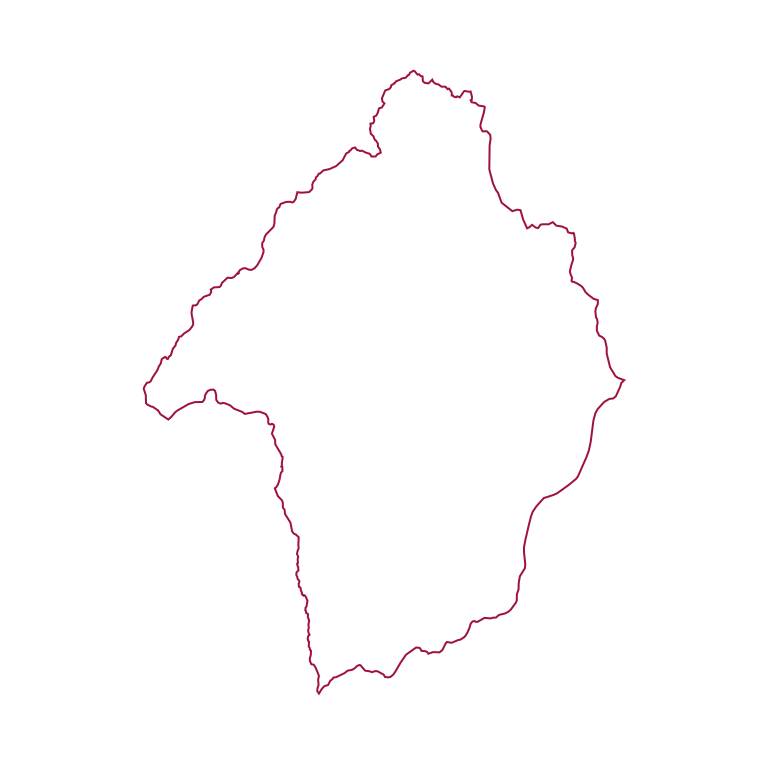 Suaza, Huila, Colombia (Equal Earth projection), rotated 6°
{"feature_id": "7082276B29582947964512", "entity_name": "Suaza", "entity_type": "district", "adm_level": 2, "iso_a3": "COL", "parent_name": "Colombia", "parent_adm1": "Huila", "projection": "equal_earth", "projection_center": [-75.841, 1.869], "detail": "fine", "context": "isolated", "style": "outline", "palette": "rose", "viewbox_px": 768, "rotation_deg": 6, "n_neighbors": 0, "source": "geoboundaries", "source_scale": "gbopen_adm2", "svg_char_len": 6112}
<svg xmlns="http://www.w3.org/2000/svg" viewBox="0 0 768 768"><g transform="rotate(6 384 384)"><path d="M622.5,355.1L616.1,353.4L613.3,351.9L607.1,343.7L602.3,330.4L601.7,324.6L599.5,317.8L598.1,315.9L596.0,314.5L593.0,313.4L590.1,308.7L589.7,304.5L590.1,300.7L589.1,297.2L587.9,295.6L586.6,289.7L586.8,286.5L588.3,282.1L587.9,278.2L583.6,277.4L577.2,273.5L574.6,271.3L571.7,267.3L570.0,266.0L565.8,263.9L562.0,262.6L560.5,262.6L559.7,261.8L559.9,258.5L558.1,255.5L557.1,252.6L557.8,246.6L559.1,240.5L558.8,238.7L557.8,236.3L557.1,231.8L557.7,230.3L559.2,228.3L559.9,223.9L558.7,221.2L558.7,219.9L557.2,214.5L556.6,213.9L555.3,214.6L551.2,213.9L549.5,210.4L544.7,208.8L538.8,208.5L535.0,205.4L530.9,208.0L525.3,208.5L523.0,209.2L521.0,212.8L518.6,212.6L514.6,210.2L512.2,212.9L510.0,214.2L505.1,205.7L501.6,196.9L498.2,196.7L493.6,198.7L482.0,191.4L477.4,181.9L475.2,179.6L471.5,173.3L466.3,159.6L464.1,135.6L464.4,129.1L463.6,125.1L460.2,122.1L458.8,121.9L456.2,122.5L455.1,122.0L452.9,117.9L452.9,115.3L455.0,103.2L455.3,98.1L454.6,97.5L449.0,97.2L445.8,95.0L441.7,94.6L440.5,92.8L441.6,92.3L441.4,88.9L439.5,84.0L438.1,84.5L433.7,84.1L432.8,84.8L429.4,91.0L426.7,90.3L425.7,91.3L423.8,91.1L422.5,90.0L421.2,90.0L421.1,87.8L420.5,86.4L417.8,83.4L416.3,84.1L414.1,81.9L410.1,82.3L406.9,80.4L403.8,80.0L401.4,78.4L400.2,76.3L396.8,80.4L392.9,80.2L391.0,78.8L390.2,74.1L388.4,73.9L386.5,72.3L385.0,72.8L381.4,69.3L381.6,69.6L380.5,69.4L377.3,71.8L376.6,73.8L375.7,74.3L373.6,77.1L369.7,78.3L368.4,79.6L364.3,81.7L363.7,83.0L362.9,83.5L362.9,84.1L360.0,86.1L359.8,88.1L358.5,90.0L354.5,92.0L352.1,100.1L352.9,103.1L355.1,104.9L353.0,109.2L350.2,110.4L349.5,114.7L348.6,117.0L348.0,118.1L345.8,119.4L346.7,122.8L346.7,124.0L345.9,125.9L343.3,126.4L343.8,128.9L343.4,131.7L344.7,136.5L347.6,138.7L349.3,142.1L350.4,142.6L352.7,145.4L353.2,148.5L355.4,151.0L356.6,154.3L353.4,156.2L351.9,158.6L347.8,159.1L346.3,157.1L345.1,156.4L342.2,155.9L337.5,154.2L336.0,154.8L332.5,153.9L330.5,151.8L327.8,152.9L326.2,155.2L324.9,156.2L324.8,157.1L322.3,158.6L319.5,165.8L313.6,172.3L307.2,176.0L301.4,177.9L298.2,181.5L297.2,181.6L296.1,184.1L294.7,185.7L294.5,187.8L292.7,190.0L291.8,193.1L292.4,196.5L291.9,198.1L289.4,201.0L281.9,202.4L277.8,202.3L276.8,209.3L274.9,212.5L273.8,213.0L271.3,212.6L267.6,213.2L262.3,215.7L261.3,219.3L259.9,220.3L259.2,221.6L258.7,225.0L257.7,228.0L258.2,236.0L257.6,239.4L251.0,247.7L250.0,250.1L249.5,254.1L248.3,256.2L248.2,257.7L248.7,260.7L250.1,262.9L250.4,265.4L249.0,271.3L245.7,278.8L243.2,282.4L240.2,284.4L237.7,284.4L233.9,283.3L231.5,283.8L228.6,286.0L227.9,287.6L228.0,289.0L227.5,289.5L227.0,288.8L223.4,293.5L221.0,294.6L217.3,294.6L212.3,300.4L211.5,303.2L210.3,304.8L204.7,305.7L201.8,308.3L202.3,309.1L202.5,310.7L201.4,313.4L195.7,316.1L193.8,318.5L191.5,320.3L190.1,324.1L188.9,325.3L185.6,326.0L185.1,332.3L185.3,334.3L187.7,342.4L188.0,345.0L187.2,346.8L184.8,350.7L179.8,354.7L177.5,357.7L175.2,358.6L174.6,361.6L173.0,364.7L172.6,367.5L170.3,371.1L169.0,377.7L167.3,379.3L166.4,381.7L165.4,381.6L164.2,380.1L163.4,380.0L160.4,382.4L159.8,387.0L158.2,390.1L157.1,394.1L153.1,401.8L151.8,405.5L150.4,406.9L148.0,407.6L146.1,411.5L145.5,413.7L148.3,420.1L149.3,428.0L150.8,429.2L154.6,430.7L156.6,430.9L162.1,434.0L164.9,437.5L173.2,441.9L175.7,439.2L179.2,434.0L181.4,431.9L191.9,424.3L197.7,421.8L205.2,420.9L206.7,418.8L207.3,416.5L207.1,414.5L207.9,412.2L209.4,409.4L211.9,407.9L215.0,407.4L216.7,408.5L218.2,412.4L218.9,417.5L221.2,419.9L223.7,420.6L225.5,419.7L227.9,419.8L232.9,421.2L237.6,424.3L245.7,426.5L248.8,428.3L260.5,424.8L263.4,424.6L269.5,426.2L271.9,429.4L272.6,431.2L272.9,434.5L273.5,435.7L275.4,436.2L276.7,435.3L278.5,436.0L279.3,437.8L277.7,445.1L281.5,450.9L282.2,455.4L289.1,464.6L289.8,466.5L290.8,467.1L290.9,467.9L290.7,473.8L291.0,475.3L290.5,476.9L291.5,477.1L291.7,477.7L292.1,481.2L290.9,482.8L290.5,484.6L290.1,490.2L289.0,495.2L287.6,498.0L286.3,499.1L290.1,506.5L294.8,510.5L295.8,512.7L296.4,517.6L298.2,519.3L299.2,523.7L305.4,531.6L308.0,540.1L309.8,542.1L312.3,543.1L315.2,545.3L315.6,553.0L316.3,556.1L315.5,559.2L315.2,562.1L316.8,564.9L316.4,566.9L317.1,570.9L316.4,571.6L316.4,572.2L317.0,573.2L317.0,574.0L317.8,575.0L318.4,578.5L316.9,580.1L316.6,581.6L316.9,583.5L317.8,584.6L318.5,586.9L320.3,588.5L320.5,590.5L320.0,591.4L320.5,594.3L321.1,595.0L321.9,595.0L322.4,595.8L323.0,598.1L324.2,600.1L324.1,601.1L325.0,602.3L325.6,602.2L326.2,602.9L326.9,602.4L328.4,603.7L330.5,607.5L330.2,613.4L329.4,614.5L329.4,617.5L330.2,618.1L330.6,620.0L332.1,620.4L332.5,620.9L332.6,623.8L334.3,627.1L334.0,631.2L334.7,634.3L334.3,637.0L335.2,639.9L336.2,641.2L334.9,642.8L334.7,645.4L335.3,646.2L335.3,647.2L336.4,648.2L336.6,652.9L337.8,654.5L338.1,656.0L339.3,656.9L339.5,661.4L338.9,664.6L339.3,667.2L341.1,670.3L343.5,670.5L345.8,673.5L349.8,681.0L349.4,685.1L350.4,690.3L349.7,693.1L349.7,695.7L349.9,696.8L351.7,698.7L353.8,694.2L355.7,691.4L356.8,690.4L359.7,689.4L361.5,684.9L363.7,682.7L364.4,681.2L367.0,680.6L374.9,675.7L377.8,672.9L382.4,671.5L385.3,669.1L386.2,667.7L388.6,666.1L390.1,666.2L394.8,670.8L395.6,671.1L399.7,671.2L402.3,671.9L404.7,670.6L407.4,670.3L414.1,673.1L415.7,675.3L419.1,675.3L421.0,674.6L423.4,672.3L425.0,669.5L429.7,659.2L434.2,650.9L443.5,642.7L447.0,642.7L448.2,643.9L449.1,645.5L453.0,645.4L455.0,646.1L456.3,647.6L460.8,645.5L467.3,645.1L469.9,642.4L472.5,635.4L473.5,634.0L478.3,634.3L484.5,630.9L486.8,630.2L490.2,627.4L491.5,625.6L493.0,622.4L494.6,617.3L495.1,613.9L496.0,612.0L497.4,610.6L499.1,610.3L499.8,610.9L501.8,610.8L508.4,606.1L514.4,606.0L516.9,605.0L519.8,604.6L522.4,601.7L528.2,599.6L531.4,597.6L533.5,595.4L537.9,587.9L538.7,585.5L538.1,579.3L539.3,574.2L538.8,568.3L539.2,561.1L543.4,552.4L543.4,548.8L540.8,536.5L540.3,532.3L540.8,525.0L542.9,508.2L544.1,500.0L545.3,495.4L548.4,489.6L554.9,480.7L564.0,476.7L567.7,474.5L578.6,464.8L585.0,458.2L586.6,455.5L593.0,435.5L594.7,428.7L595.6,420.0L596.1,398.0L597.4,390.6L599.1,386.6L604.9,378.8L609.6,375.3L613.5,374.4L615.9,371.9L619.2,362.0L619.8,358.3L622.5,355.1Z" fill="none" stroke="#9f1239" stroke-width="2"/></g></svg>